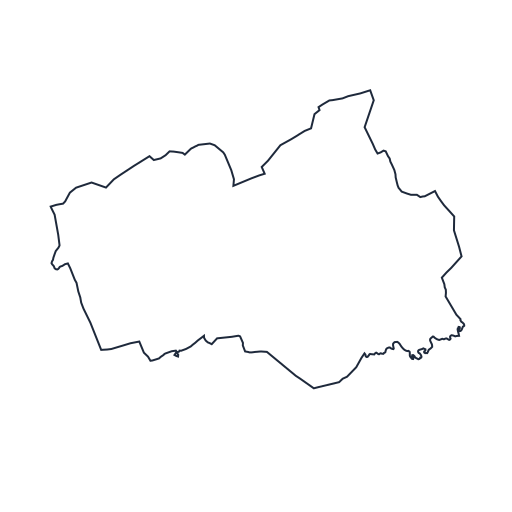 Jahun, Jigawa, Nigeria, rotated 169°
{"feature_id": "59680162B13393519160177", "entity_name": "Jahun", "entity_type": "district", "adm_level": 2, "iso_a3": "NGA", "parent_name": "Nigeria", "parent_adm1": "Jigawa", "projection": "natural_earth1", "projection_center": [9.509, 12.058], "detail": "fine", "context": "isolated", "style": "outline", "palette": "slate", "viewbox_px": 512, "rotation_deg": 169, "n_neighbors": 0, "source": "geoboundaries", "source_scale": "gbopen_adm2", "svg_char_len": 4693}
<svg xmlns="http://www.w3.org/2000/svg" viewBox="0 0 512 512"><g transform="rotate(169 256 256)"><path d="M53.9,257.0L61.7,269.9L63.9,274.5L66.1,279.5L67.9,285.6L79.0,282.4L80.9,282.6L83.5,282.5L86.4,285.4L92.2,286.5L95.9,288.5L100.7,291.4L102.1,294.1L103.0,295.6L103.5,298.2L103.7,301.7L103.9,306.5L103.5,309.6L103.8,314.0L105.2,319.8L106.1,323.0L106.2,326.2L107.4,328.9L108.7,334.0L110.7,335.1L113.9,333.9L117.1,333.4L117.9,335.6L118.7,337.9L120.0,343.8L124.8,361.7L110.7,386.4L112.3,396.9L122.6,395.7L135.0,395.3L141.0,394.2L151.2,394.4L154.3,394.7L161.9,392.0L166.2,390.2L165.8,387.1L171.5,384.1L177.6,370.8L184.3,369.5L190.7,367.1L192.1,366.5L199.2,363.9L210.9,360.1L226.1,347.2L233.4,342.3L231.8,335.1L237.4,334.5L245.7,333.1L264.8,329.2L263.0,335.5L263.9,345.0L267.3,361.4L268.4,364.0L275.4,372.6L279.8,375.2L291.3,376.1L293.0,375.5L294.5,375.2L295.5,374.9L296.7,374.5L297.8,374.2L298.8,374.0L299.6,373.6L300.4,373.1L306.5,369.1L308.4,371.2L312.0,372.5L316.9,374.2L320.9,375.2L325.5,372.2L331.0,370.0L338.0,369.7L341.5,374.3L358.5,367.8L373.3,361.7L380.9,358.4L390.2,351.8L403.4,359.5L419.6,357.4L426.6,353.7L431.3,348.0L432.9,346.0L435.4,344.2L439.5,344.3L442.3,344.3L446.0,343.9L448.1,343.7L447.7,341.8L445.8,335.0L446.1,314.5L446.8,304.0L447.2,303.3L448.5,301.7L449.6,300.8L451.6,299.1L453.0,296.8L455.2,293.0L456.0,291.0L457.2,289.7L458.1,288.0L457.7,286.8L456.4,284.6L456.0,282.3L454.9,281.2L453.6,280.7L452.7,281.0L451.6,281.8L450.8,282.7L449.9,283.0L448.1,283.2L446.5,283.8L445.1,284.4L442.1,284.6L440.7,279.5L438.4,267.2L437.3,263.9L437.2,255.1L436.4,248.8L436.5,243.6L435.4,237.3L431.3,222.1L425.9,193.4L420.0,192.6L415.8,192.3L410.8,192.8L404.6,193.4L395.9,194.3L386.9,194.3L384.5,182.5L381.2,177.8L379.6,173.3L377.6,173.2L372.9,173.7L370.6,174.0L369.6,174.7L368.5,175.3L367.3,175.8L366.3,176.2L365.2,176.8L364.6,177.3L363.5,177.6L356.9,178.6L352.7,178.4L352.2,177.3L352.8,176.5L353.2,176.1L354.9,174.4L353.2,173.0L351.7,172.2L351.2,173.9L351.9,175.4L351.8,176.5L350.6,176.7L349.9,176.8L349.4,177.2L349.1,177.7L348.8,177.6L347.5,177.3L342.4,178.1L337.2,179.7L335.2,180.9L332.2,182.4L329.2,184.2L325.7,185.9L322.3,187.6L322.6,185.6L321.5,182.6L319.8,180.4L318.2,179.4L316.3,177.9L309.9,182.6L295.2,181.3L288.5,181.1L287.1,180.3L286.9,179.9L285.4,173.2L286.0,170.7L284.9,164.4L281.8,163.2L280.8,162.6L278.6,162.2L277.2,162.1L275.2,162.0L273.5,161.8L270.5,161.5L269.2,161.3L263.6,159.8L239.8,130.8L236.3,127.4L224.5,115.1L219.3,115.4L198.5,116.3L194.3,119.0L189.7,120.1L178.8,127.7L171.9,135.9L168.1,139.7L167.4,138.3L167.4,136.5L166.6,135.7L165.7,135.7L165.1,136.3L164.2,136.9L163.6,137.7L162.7,138.1L162.1,137.8L161.1,137.5L159.7,137.1L158.7,136.8L158.5,137.0L157.9,137.6L156.5,138.2L155.6,137.4L154.6,136.3L153.8,136.1L152.6,136.7L152.1,136.7L150.9,136.0L149.6,135.7L148.9,136.4L148.2,136.5L147.4,136.9L146.8,138.3L146.0,139.7L145.0,140.4L143.3,140.8L142.1,140.7L141.4,139.8L140.0,138.8L138.9,138.4L138.4,139.1L138.5,140.1L138.5,141.0L138.5,142.3L138.2,143.6L137.5,144.3L136.4,145.0L135.1,144.9L133.6,144.7L132.6,143.6L131.7,142.2L131.1,140.6L130.4,139.0L129.3,137.1L128.2,135.6L126.9,134.5L125.6,133.8L124.5,133.8L123.5,132.8L123.5,131.7L123.7,130.5L124.0,129.1L123.9,127.9L123.4,126.9L122.9,126.8L122.9,126.0L122.4,125.2L121.4,124.9L121.0,125.6L120.7,126.5L121.2,127.3L121.8,128.1L121.6,128.8L120.7,128.8L120.2,128.3L119.5,127.3L119.3,126.4L118.3,125.2L117.0,124.3L116.4,123.7L115.2,123.8L114.7,124.3L114.2,124.8L113.8,124.5L113.2,124.8L112.8,125.4L112.8,126.2L113.0,127.3L113.4,128.2L113.9,129.2L114.8,129.8L115.1,130.6L115.1,131.5L114.7,132.2L113.8,132.7L112.7,132.8L111.6,132.9L110.6,133.0L109.4,133.4L108.6,132.8L107.5,132.1L107.7,131.1L108.2,130.6L109.1,130.2L109.3,129.2L108.5,128.4L107.3,128.2L106.5,128.0L105.8,128.8L104.3,131.0L102.1,132.0L100.4,133.2L100.2,134.6L100.2,135.8L100.7,137.6L101.2,139.7L101.1,140.5L100.9,141.2L100.1,141.9L98.8,142.6L97.9,143.2L97.4,143.1L97.0,142.9L96.5,142.0L95.4,140.8L94.0,139.6L92.2,138.6L89.9,139.0L89.0,139.2L87.4,138.4L85.7,138.8L84.6,138.7L83.5,137.7L82.4,136.8L81.3,137.1L80.8,137.7L81.0,139.1L80.8,140.0L80.0,140.6L79.1,140.9L77.8,140.4L76.6,139.7L75.8,139.1L74.4,139.2L73.3,139.1L71.9,138.9L71.9,140.7L72.1,143.3L72.1,144.1L72.1,145.5L71.7,146.5L70.9,146.9L70.6,147.7L69.7,147.4L69.6,146.4L70.2,145.6L70.9,145.0L71.3,144.5L71.1,143.7L70.5,143.4L69.6,143.4L68.8,143.8L68.2,144.4L67.5,145.4L67.0,146.3L66.4,147.2L65.5,147.4L64.9,147.8L64.8,148.8L65.0,149.9L65.5,150.5L66.1,151.5L66.8,152.0L67.1,152.5L67.6,154.0L67.3,155.0L70.5,160.1L77.6,180.1L76.6,183.5L76.1,186.7L76.7,189.2L76.5,192.4L77.7,199.3L72.1,203.5L66.6,207.1L54.3,216.4L54.9,226.3L56.8,243.4L53.9,257.0Z" fill="none" stroke="#1e293b" stroke-width="2"/></g></svg>